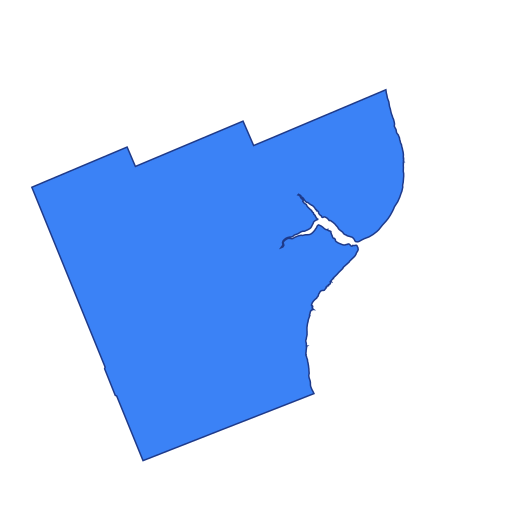 outline of Corpen Aike, Santa Cruz, Argentina, rotated 338°
{"feature_id": "61730980B24902089769894", "entity_name": "Corpen Aike", "entity_type": "district", "adm_level": 2, "iso_a3": "ARG", "parent_name": "Argentina", "parent_adm1": "Santa Cruz", "projection": "orthographic", "projection_center": [-68.391, -49.985], "detail": "fine", "context": "isolated", "style": "filled", "palette": "blue", "viewbox_px": 512, "rotation_deg": 338, "n_neighbors": 0, "source": "geoboundaries", "source_scale": "gbopen_adm2", "svg_char_len": 5971}
<svg xmlns="http://www.w3.org/2000/svg" viewBox="0 0 512 512"><g transform="rotate(338 256 256)"><path d="M73.9,108.3L74.5,302.5L73.4,303.8L73.3,332.5L74.4,333.6L74.6,403.4L104.6,403.7L157.6,404.2L258.2,405.3L258.1,403.3L257.8,400.6L257.8,398.2L257.9,396.9L258.3,395.6L259.1,393.5L259.4,392.0L259.6,389.0L259.8,387.9L260.2,386.4L261.3,384.8L261.6,383.9L262.2,381.9L262.7,380.6L263.2,378.6L263.5,377.7L263.9,375.7L264.2,374.6L264.2,373.7L264.9,371.2L264.9,369.6L265.2,367.5L265.1,367.4L265.1,366.8L265.1,366.6L265.3,366.4L265.2,366.3L265.2,366.2L265.7,365.9L265.7,365.2L265.7,364.9L266.1,364.2L266.3,364.1L267.2,362.2L268.2,360.4L268.4,359.9L268.6,359.8L268.8,358.8L269.0,358.7L269.5,358.6L269.0,358.4L269.0,358.2L269.9,355.9L270.1,354.1L270.4,353.2L270.7,352.6L271.5,351.8L272.2,350.5L273.3,349.0L273.3,348.9L273.9,348.0L274.5,346.4L274.9,345.5L275.3,344.3L276.4,341.5L278.1,338.5L279.1,337.0L279.6,336.5L280.0,335.7L280.8,334.5L283.2,331.8L283.5,331.5L283.7,331.3L283.7,331.2L283.6,330.8L283.5,330.7L284.5,329.6L284.9,328.9L285.9,327.6L286.3,327.3L287.0,327.0L287.3,327.3L288.5,326.5L288.8,326.9L289.2,327.1L289.0,326.8L289.0,326.2L288.7,325.8L288.6,325.4L288.6,325.1L288.9,324.9L289.1,324.5L289.4,324.4L289.2,324.1L289.2,323.7L289.4,323.9L289.5,324.0L289.6,323.6L289.4,323.6L289.3,323.0L289.2,322.8L289.3,322.9L289.0,322.5L289.1,322.2L290.6,320.5L291.3,320.0L292.6,319.2L293.9,318.6L295.4,318.1L296.5,317.8L297.0,317.2L297.8,316.9L298.5,316.5L299.3,315.6L299.7,314.9L301.0,314.0L302.2,313.0L303.2,312.7L304.5,312.7L305.2,313.1L306.6,313.3L307.3,312.8L308.8,312.1L309.0,311.8L309.1,311.4L309.3,311.1L309.8,311.3L310.3,311.0L310.5,310.6L310.8,310.5L311.1,310.5L311.7,310.7L312.2,310.7L312.4,310.4L312.4,310.0L312.4,309.8L312.7,309.7L313.2,309.8L314.1,309.7L314.5,309.5L315.0,308.8L315.1,307.7L315.6,307.5L315.9,307.6L316.2,307.9L316.1,307.2L318.9,305.8L319.3,305.9L319.3,305.7L319.2,305.5L319.3,305.4L324.2,303.4L326.6,302.2L330.5,300.6L331.8,300.1L332.2,299.5L332.6,299.4L332.8,299.2L333.1,299.0L340.1,296.5L340.8,295.9L347.2,293.3L348.1,292.8L349.5,291.7L350.0,291.0L352.4,289.2L353.1,288.4L353.6,286.6L353.6,286.1L353.5,285.5L353.5,284.3L353.3,283.9L352.9,283.5L350.9,283.1L349.6,282.4L348.9,282.8L348.5,282.8L347.9,282.3L347.4,281.0L346.7,279.7L345.8,279.3L344.8,279.5L344.0,279.1L343.2,279.2L341.7,278.8L340.4,277.9L337.7,275.3L336.9,274.4L335.6,272.5L335.4,271.6L335.4,271.3L335.6,271.0L335.7,270.2L335.6,269.8L335.4,269.5L335.3,269.0L334.5,268.7L334.1,267.7L334.1,266.3L334.2,265.6L334.1,264.6L334.3,261.6L334.6,261.3L334.4,261.0L333.7,260.5L333.7,260.3L333.1,259.9L333.0,259.7L332.8,259.7L332.6,259.3L332.2,259.0L332.2,258.8L332.3,258.5L332.1,258.6L330.5,257.5L329.5,256.0L328.7,254.3L327.4,252.3L325.7,250.6L324.6,250.8L324.1,251.1L322.2,252.8L321.2,253.3L320.4,254.0L318.7,254.9L318.2,255.1L317.9,255.3L315.9,256.0L314.3,256.2L313.0,256.0L309.6,254.8L306.8,254.4L305.7,253.7L304.2,253.4L302.6,253.2L299.1,253.2L296.6,253.6L295.7,253.4L294.1,252.4L292.5,251.7L291.2,251.7L288.6,252.2L287.5,252.7L286.7,253.2L286.1,253.9L286.0,255.7L285.7,256.7L284.2,257.7L282.2,257.7L283.4,256.9L284.7,256.2L285.1,255.7L285.6,253.5L286.7,252.2L288.3,251.4L289.3,251.1L290.3,250.8L292.0,250.7L294.1,251.0L296.2,251.6L297.5,251.6L299.4,250.9L303.1,251.1L306.5,250.5L308.3,250.5L310.4,251.2L311.8,251.1L313.6,251.1L316.0,250.8L317.2,250.4L318.3,249.7L319.5,248.6L321.4,247.0L322.0,246.2L322.7,245.8L323.5,245.5L325.5,245.2L326.8,245.3L327.1,245.0L326.6,244.5L326.5,243.8L326.1,243.2L326.2,242.5L325.9,241.6L326.0,240.7L325.7,239.7L325.2,239.0L325.3,238.3L325.4,237.4L324.8,236.5L324.7,235.6L324.5,235.3L324.6,234.6L323.8,233.3L322.3,229.9L322.0,228.9L321.9,227.1L320.6,225.3L320.2,224.3L320.1,223.5L319.8,223.0L319.9,222.6L320.5,222.3L320.7,221.7L320.6,221.4L320.2,220.8L319.5,219.3L319.3,218.6L319.3,217.8L319.4,217.3L319.0,216.4L318.8,216.2L318.8,215.8L317.8,215.1L318.6,214.7L319.9,216.4L320.2,217.1L320.0,217.9L320.1,218.4L320.8,218.8L321.4,219.9L321.6,220.7L322.3,223.9L323.0,225.1L324.0,225.7L324.7,226.8L325.2,227.8L326.1,229.0L326.5,229.7L327.2,230.2L328.4,232.9L328.6,234.2L328.7,235.0L329.1,235.2L329.4,236.0L329.1,236.3L329.1,236.8L329.9,237.1L330.0,237.5L330.5,238.3L330.1,239.6L330.3,240.1L330.3,240.8L330.4,241.2L331.0,242.4L331.7,243.3L331.5,244.2L331.7,244.7L332.1,245.1L332.4,245.3L333.5,245.2L334.4,245.5L335.8,247.0L336.2,247.8L336.7,248.9L337.0,250.1L337.2,250.6L337.6,250.6L338.5,251.2L339.1,252.3L339.9,253.4L341.2,256.0L341.6,257.4L342.5,259.8L342.7,261.5L343.1,262.7L345.3,266.4L345.6,268.0L346.0,268.8L347.0,270.0L347.7,270.5L348.1,271.4L350.5,273.2L351.0,273.7L351.9,274.3L352.6,275.3L353.0,276.4L353.3,277.3L353.4,279.1L353.9,280.1L355.7,281.0L357.1,281.1L360.1,280.7L362.8,280.5L368.0,280.6L372.5,279.9L377.2,278.6L379.7,277.6L384.8,274.7L389.6,272.4L392.6,270.7L395.9,268.4L399.1,265.8L401.2,263.9L402.7,262.3L407.8,258.7L411.4,255.2L413.8,252.4L415.5,250.6L417.9,247.1L418.2,245.9L418.7,244.9L420.1,242.8L422.8,237.4L423.8,234.9L424.2,232.9L424.5,232.1L425.9,229.0L426.2,228.0L426.5,227.2L426.8,226.6L427.1,225.9L427.1,225.7L427.3,225.6L427.4,225.2L427.5,224.8L427.7,224.5L427.9,224.4L427.9,224.2L428.0,224.2L427.9,224.1L428.3,223.6L428.3,223.3L428.5,223.1L428.5,222.5L428.8,222.4L429.0,222.0L429.0,221.5L429.3,221.1L429.2,221.0L429.2,220.6L429.6,220.2L429.6,219.5L430.6,217.4L431.0,216.0L431.4,214.5L431.3,214.3L431.5,213.6L431.5,213.2L431.7,212.8L431.6,212.5L432.0,211.0L432.0,210.8L432.1,209.4L432.4,208.0L432.6,207.0L432.4,205.6L432.5,204.6L432.8,203.2L432.7,202.5L432.9,201.7L433.3,200.0L433.2,197.8L433.3,197.2L433.1,196.5L432.8,195.7L432.6,194.7L432.6,193.8L432.9,192.7L433.2,191.0L433.0,189.8L432.9,188.2L432.8,187.8L432.9,187.3L433.9,185.5L434.3,183.8L434.7,180.9L434.6,178.9L434.8,177.1L434.8,175.6L435.0,173.4L435.6,170.0L435.8,167.4L436.9,162.8L437.0,158.8L437.6,155.9L437.9,153.7L438.7,150.5L311.9,152.5L295.2,152.7L294.5,126.1L177.7,127.8L177.3,106.7L91.4,108.0L73.9,108.3Z" fill="#3b82f6" stroke="#1e3a8a" stroke-width="1.5"/></g></svg>